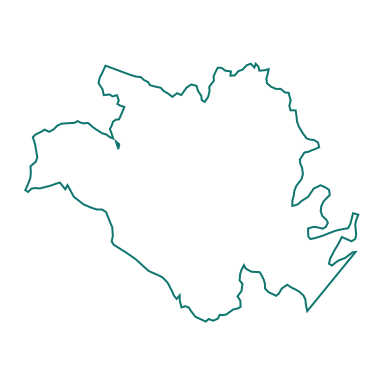 Rio Branco do Ivaí, Paraná, Brazil (Equal Earth projection), rotated 181°
{"feature_id": "56859067B77657605761847", "entity_name": "Rio Branco do Ivaí", "entity_type": "district", "adm_level": 2, "iso_a3": "BRA", "parent_name": "Brazil", "parent_adm1": "Paraná", "projection": "equal_earth", "projection_center": [-51.343, -24.343], "detail": "fine", "context": "isolated", "style": "outline", "palette": "teal", "viewbox_px": 384, "rotation_deg": 181, "n_neighbors": 0, "source": "geoboundaries", "source_scale": "gbopen_adm2", "svg_char_len": 3199}
<svg xmlns="http://www.w3.org/2000/svg" viewBox="0 0 384 384"><g transform="rotate(181 192 192)"><path d="M89.8,275.4L94.9,275.4L96.2,279.9L94.9,285.5L96.1,289.1L97.0,292.8L100.9,293.2L105.2,296.7L109.7,296.5L114.8,298.6L119.0,302.1L119.6,306.6L118.5,310.8L117.5,316.2L121.5,315.0L126.8,314.5L127.7,318.3L130.5,321.3L131.8,317.5L135.5,321.3L139.5,319.7L143.6,315.2L147.8,313.6L151.3,309.3L155.6,309.0L155.2,313.2L160.9,313.9L164.7,316.7L168.5,316.7L170.7,312.1L172.4,308.0L172.1,303.6L174.2,300.8L176.6,297.5L176.2,293.2L177.6,287.2L180.9,282.3L183.9,284.2L184.4,288.3L187.7,293.1L189.3,298.2L194.6,299.5L199.2,296.3L201.6,292.8L204.4,288.7L208.6,290.5L213.3,286.8L217.9,290.2L222.0,292.4L225.1,295.7L231.3,296.9L235.8,298.0L237.9,301.2L241.9,303.1L245.2,306.0L249.7,306.4L255.6,308.0L280.7,316.8L283.8,309.5L286.1,305.1L287.4,299.3L283.2,293.0L281.9,287.3L276.3,288.1L273.0,286.2L268.8,287.5L266.8,282.4L268.1,278.7L265.4,277.2L261.2,275.9L262.5,272.2L264.5,267.3L266.2,263.4L269.3,263.0L272.3,260.9L273.4,257.0L275.2,253.6L273.4,249.1L271.8,244.1L275.5,245.6L278.5,248.0L282.7,249.1L288.7,252.7L292.2,255.1L297.2,259.3L301.5,258.7L304.8,259.5L307.6,260.9L310.8,259.1L318.6,258.5L323.8,258.0L327.9,255.9L331.5,252.1L336.0,249.7L340.4,251.8L343.6,249.7L349.5,246.7L352.1,244.1L349.8,237.2L348.5,230.3L347.3,223.9L348.7,219.6L353.9,214.9L353.5,208.7L353.9,203.1L355.8,197.7L358.7,190.9L355.9,189.2L352.6,192.5L349.1,193.2L344.3,192.9L333.7,195.8L328.2,197.9L324.2,199.1L318.8,192.5L316.6,196.7L310.0,185.1L300.3,177.8L292.8,174.7L287.0,172.9L281.6,172.9L277.5,170.4L273.2,159.9L271.1,155.4L270.4,146.7L271.4,141.1L269.3,137.8L257.4,130.7L247.5,124.1L242.8,120.0L237.0,114.9L233.9,112.3L231.0,111.0L224.6,108.4L220.3,106.3L217.5,103.7L214.8,100.9L210.0,92.1L208.3,88.2L205.5,84.8L202.6,88.4L202.3,83.2L200.5,76.4L196.7,77.7L193.1,76.4L191.1,73.2L186.4,67.3L182.1,65.4L175.9,62.7L173.2,65.3L168.6,63.7L164.0,65.8L162.1,69.7L159.0,69.4L155.4,70.2L152.1,72.8L148.6,75.3L144.1,76.4L141.4,78.1L141.8,84.3L144.7,88.4L140.8,93.8L139.9,101.1L142.8,104.3L142.5,110.4L141.4,114.5L138.8,119.8L137.0,116.4L131.1,113.3L122.9,113.0L120.6,109.3L118.6,105.2L117.5,101.5L117.3,96.8L113.6,93.1L109.3,91.2L106.0,89.7L103.3,92.1L100.6,97.0L95.2,100.9L90.7,98.1L87.0,96.4L83.0,94.2L78.7,90.4L76.8,86.5L76.0,80.5L74.7,74.9L27.5,134.8L30.4,134.5L37.9,128.6L43.7,126.4L47.4,123.8L50.8,120.9L53.8,122.7L52.7,127.8L48.1,137.0L45.0,142.2L41.4,149.6L31.6,145.5L28.0,147.9L27.1,152.2L28.2,162.1L27.5,166.2L25.3,172.2L30.6,173.6L33.1,162.9L35.3,158.5L41.3,157.4L47.4,155.9L54.6,153.1L60.1,150.7L68.9,147.9L72.8,147.0L75.0,149.6L75.3,157.6L69.7,159.3L65.7,158.8L60.7,157.6L57.5,159.6L55.6,163.6L57.4,166.8L61.4,170.4L63.0,175.2L62.4,180.3L60.1,185.2L56.7,188.8L54.2,191.4L55.0,196.5L58.5,198.8L63.6,201.0L70.4,197.5L75.8,189.2L82.5,184.8L85.5,181.8L88.5,180.6L91.5,179.9L91.4,185.8L90.2,189.8L89.6,195.2L87.7,200.1L82.9,206.5L81.4,211.5L82.4,218.4L84.2,222.2L84.8,226.2L80.3,233.4L75.8,234.4L73.1,235.8L70.2,236.8L65.6,239.0L66.9,243.7L71.1,246.2L74.8,246.4L78.4,247.7L82.4,252.9L86.4,259.4L88.3,264.5L88.8,269.5L89.8,275.4ZM268.9,241.1L265.6,238.5L266.4,233.6L268.9,241.1Z" fill="none" stroke="#0f766e" stroke-width="2"/></g></svg>